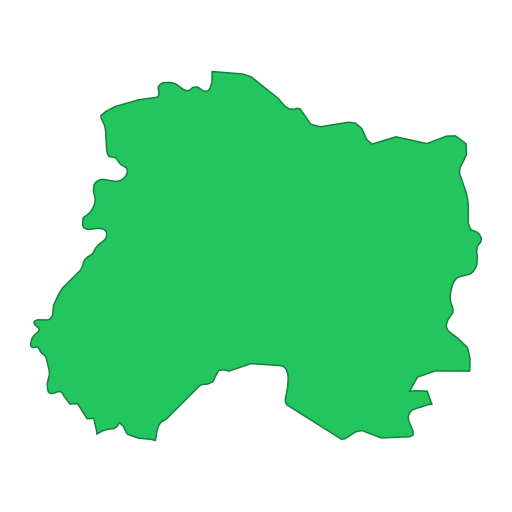 an SVG outline of Marne
{"feature_id": "FRA-5323", "entity_name": "Marne", "entity_type": "Metropolitan department", "adm_level": 1, "iso_a3": "FRA", "parent_name": "France", "parent_adm1": "", "projection": "mercator", "projection_center": [4.087, 48.967], "detail": "fine", "context": "isolated", "style": "filled", "palette": "green", "viewbox_px": 512, "rotation_deg": 0, "n_neighbors": 0, "source": "natural_earth", "source_scale": "10m", "svg_char_len": 3183}
<svg xmlns="http://www.w3.org/2000/svg" viewBox="0 0 512 512"><path d="M469.7,371.1L435.3,370.9L417.5,377.1L409.6,391.4L415.6,390.7L427.2,391.2L431.9,404.4L428.9,404.4L413.2,409.5L410.3,411.8L408.4,415.7L408.4,419.9L413.1,431.4L412.9,435.3L409.5,436.7L381.3,438.0L361.8,430.5L355.4,432.0L345.1,438.7L341.6,439.3L287.2,405.1L285.7,402.7L285.2,399.8L287.6,387.4L288.2,378.4L287.8,374.1L286.4,369.6L284.2,367.0L281.5,365.7L250.9,363.6L228.9,371.1L223.9,369.8L218.6,370.4L212.8,381.7L207.4,384.2L203.0,384.3L199.7,385.7L166.4,419.0L161.1,422.0L158.6,425.8L157.1,430.4L155.4,440.5L150.6,439.3L138.6,438.2L127.8,434.5L126.5,432.8L123.1,426.0L121.9,425.1L120.3,423.5L119.0,422.7L118.4,424.5L117.8,425.5L116.5,426.9L114.9,428.1L113.7,428.6L108.1,429.2L102.2,431.0L96.9,434.1L96.5,430.4L93.7,418.4L87.1,418.8L77.6,403.6L70.0,404.1L63.8,395.8L61.9,392.4L59.9,391.6L58.3,391.6L53.2,393.4L50.6,393.6L48.4,392.1L47.6,388.9L47.2,383.8L49.5,374.1L49.1,369.8L47.4,363.1L46.9,360.6L46.2,358.0L44.9,355.6L42.7,354.0L40.6,351.9L39.2,348.9L38.4,347.7L37.7,347.1L36.5,347.0L33.3,347.5L31.8,347.2L31.4,346.9L30.9,345.7L30.7,343.1L31.8,338.9L33.7,335.7L37.2,332.6L39.2,330.4L38.9,328.2L35.0,324.9L33.9,322.8L34.7,320.9L37.8,319.8L47.1,320.0L49.7,319.3L51.8,316.7L52.8,314.4L53.5,305.5L57.5,296.7L60.4,291.2L62.8,287.7L80.0,270.7L82.1,267.2L83.3,263.0L84.5,260.0L87.6,257.0L92.6,253.7L95.7,247.9L100.3,243.2L102.9,241.4L105.2,239.1L106.6,236.3L106.7,232.6L105.0,230.3L102.7,229.0L100.1,228.5L97.2,228.4L88.2,229.5L85.6,228.8L83.6,227.4L82.9,225.5L82.7,224.1L82.7,222.1L82.8,219.9L83.3,217.5L87.4,214.8L89.4,212.9L92.1,209.5L94.3,204.9L95.1,201.4L95.1,198.2L93.8,192.6L93.5,189.8L93.7,187.2L94.1,184.7L95.2,182.8L96.9,181.3L100.6,179.6L103.5,179.4L115.3,181.4L118.2,181.0L121.1,180.1L123.9,178.1L126.2,175.4L127.4,171.6L127.1,169.2L126.0,167.6L121.4,164.9L119.2,162.8L117.6,160.3L116.0,158.1L113.8,157.2L111.3,157.0L109.0,156.5L107.8,154.6L107.2,152.2L106.6,149.3L105.6,131.3L105.1,128.1L104.3,124.8L101.3,118.6L100.9,115.5L105.8,111.5L115.5,106.4L138.7,99.8L155.8,97.4L157.9,96.8L158.8,94.8L158.8,92.1L158.3,89.3L158.3,86.7L160.1,84.4L163.5,82.6L170.1,82.5L173.5,83.1L176.4,84.4L184.2,90.0L187.0,90.6L189.9,90.1L192.7,87.5L195.9,86.9L198.0,87.2L203.1,90.8L205.8,91.5L208.3,90.6L209.8,88.5L211.1,85.0L211.9,82.1L212.2,71.5L242.7,74.0L251.1,76.8L278.0,98.2L284.4,105.8L288.9,108.8L293.7,109.4L297.2,108.3L300.1,108.8L310.8,124.3L320.4,126.8L348.5,122.2L355.7,123.3L361.8,128.5L367.0,139.9L372.0,144.1L395.8,136.8L426.9,143.6L446.5,136.1L455.5,135.9L466.1,143.8L466.4,154.7L463.1,161.8L460.4,166.6L459.6,170.2L459.6,173.5L466.1,192.4L467.7,199.7L468.3,204.8L468.3,222.9L469.6,227.3L471.3,229.9L477.0,232.1L479.2,234.0L481.2,237.6L481.3,240.3L480.8,242.0L480.3,242.7L479.8,243.1L478.9,244.1L477.4,246.5L476.6,251.0L477.3,257.2L477.1,261.5L476.7,264.9L475.7,267.7L474.2,270.1L472.6,272.2L471.2,273.3L468.8,274.4L459.6,276.8L456.8,278.1L454.2,281.2L452.3,285.6L450.4,293.7L450.2,298.3L450.8,302.5L452.1,305.8L453.2,309.9L452.7,313.0L448.1,319.5L446.3,324.4L446.6,327.7L447.9,330.3L449.1,331.6L458.2,338.6L467.2,347.3L467.8,348.8L470.1,358.9L469.7,371.1Z" fill="#22c55e" stroke="#15803d" stroke-width="1.5"/></svg>